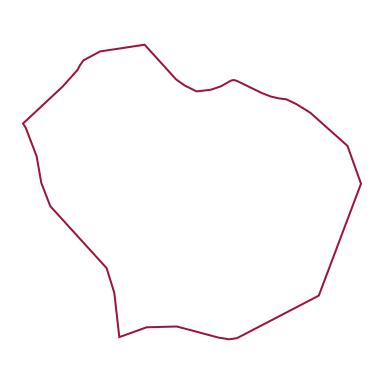 an SVG outline of Saint Joseph
{"feature_id": "DMA-1436", "entity_name": "Saint Joseph", "entity_type": "Parish", "adm_level": 1, "iso_a3": "DMA", "parent_name": "Dominica", "parent_adm1": "", "projection": "robinson", "projection_center": [-61.392, 15.442], "detail": "fine", "context": "isolated", "style": "outline", "palette": "rose", "viewbox_px": 384, "rotation_deg": 0, "n_neighbors": 0, "source": "natural_earth", "source_scale": "10m", "svg_char_len": 544}
<svg xmlns="http://www.w3.org/2000/svg" viewBox="0 0 384 384"><path d="M119.3,337.1L114.3,292.8L106.6,268.1L50.3,206.2L41.3,182.9L36.6,156.2L25.7,127.7L23.0,123.5L62.6,86.6L77.6,69.8L80.0,65.2L83.5,60.3L100.2,51.4L144.6,44.7L176.0,79.3L184.8,85.6L196.6,91.4L211.0,89.7L220.9,86.3L231.0,80.6L233.6,80.0L236.7,80.8L262.2,93.2L271.1,96.6L278.9,98.4L286.3,99.3L295.8,103.8L310.1,112.6L347.5,145.9L361.0,183.7L318.8,295.6L236.9,338.2L229.3,339.3L218.6,337.6L176.8,326.5L146.6,327.3L119.3,337.1Z" fill="none" stroke="#9f1239" stroke-width="2"/></svg>